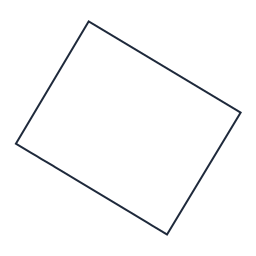 outline of Republic, Kansas, United States of America, rotated 211°
{"feature_id": "52423323B40433971762131", "entity_name": "Republic", "entity_type": "district", "adm_level": 2, "iso_a3": "USA", "parent_name": "United States of America", "parent_adm1": "Kansas", "projection": "albers", "projection_center": [-97.674, 39.828], "detail": "fine", "context": "isolated", "style": "outline", "palette": "slate", "viewbox_px": 256, "rotation_deg": 211, "n_neighbors": 0, "source": "geoboundaries", "source_scale": "gbopen_adm2", "svg_char_len": 408}
<svg xmlns="http://www.w3.org/2000/svg" viewBox="0 0 256 256"><g transform="rotate(211 128 128)"><path d="M74.3,56.9L74.2,56.9L69.0,56.9L63.0,56.9L57.1,56.8L39.7,56.8L39.4,199.2L216.6,199.1L216.0,56.8L201.3,56.8L200.7,56.8L198.3,56.8L192.3,56.9L186.5,56.8L171.8,57.0L171.4,56.9L170.2,56.9L91.1,56.9L90.6,56.9L90.2,56.9L88.2,56.9L74.9,56.9L74.3,56.9Z" fill="none" stroke="#1e293b" stroke-width="2"/></g></svg>